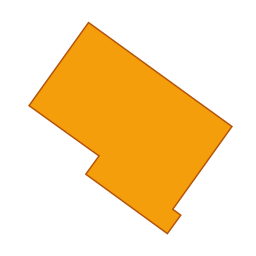 outline of Hettinger, North Dakota, United States of America, rotated 36°
{"feature_id": "52423323B76867023232098", "entity_name": "Hettinger", "entity_type": "district", "adm_level": 2, "iso_a3": "USA", "parent_name": "United States of America", "parent_adm1": "North Dakota", "projection": "mercator", "projection_center": [-102.401, 46.418], "detail": "fine", "context": "isolated", "style": "filled", "palette": "amber", "viewbox_px": 256, "rotation_deg": 36, "n_neighbors": 0, "source": "geoboundaries", "source_scale": "gbopen_adm2", "svg_char_len": 306}
<svg xmlns="http://www.w3.org/2000/svg" viewBox="0 0 256 256"><g transform="rotate(36 128 128)"><path d="M34.1,65.9L34.8,168.1L110.8,167.7L121.0,167.6L121.0,190.2L221.9,190.3L221.9,167.5L212.0,167.5L211.2,65.7L202.0,65.7L161.4,65.8L34.1,65.9Z" fill="#f59e0b" stroke="#b45309" stroke-width="1.5"/></g></svg>